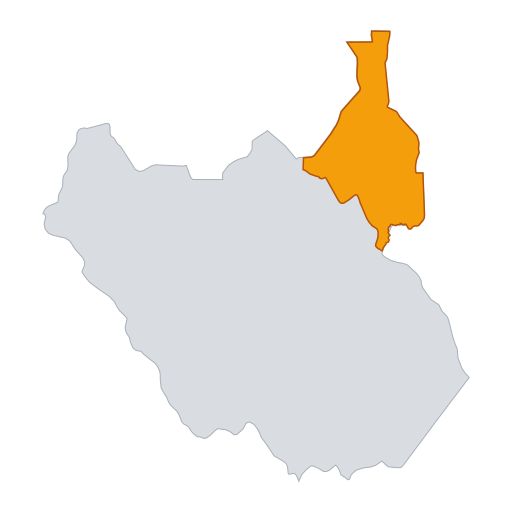 where Upper Nile sits in South Sudan
{"feature_id": "SDS-869", "entity_name": "Upper Nile", "entity_type": "State", "adm_level": 1, "iso_a3": "SSD", "parent_name": "South Sudan", "parent_adm1": "", "projection": "equal_earth", "projection_center": [32.959, 10.08], "detail": "fine", "context": "in_parent", "style": "filled", "palette": "amber", "viewbox_px": 512, "rotation_deg": 0, "n_neighbors": 0, "source": "natural_earth", "source_scale": "10m", "svg_char_len": 6378}
<svg xmlns="http://www.w3.org/2000/svg" viewBox="0 0 512 512"><path d="M419.5,443.5L403.8,464.6L402.7,465.9L400.8,467.6L394.4,467.6L387.9,466.6L381.8,461.1L375.7,465.3L371.8,466.7L369.5,467.2L364.0,467.8L356.4,470.1L352.9,473.0L351.0,475.2L349.5,479.3L348.7,479.8L347.3,479.3L345.3,477.6L341.2,475.2L339.2,470.0L337.3,466.8L335.7,465.1L329.2,470.4L326.1,471.6L323.5,471.4L318.8,468.5L313.5,466.0L310.9,466.0L306.9,469.1L302.3,473.9L299.9,478.5L298.8,481.3L297.2,477.0L295.7,474.4L293.5,473.3L289.1,474.4L288.1,472.9L287.8,469.2L287.2,465.9L286.1,463.4L282.7,460.9L274.0,455.8L267.4,445.7L264.0,441.0L261.6,437.9L258.1,430.0L254.2,424.5L249.4,421.9L246.2,423.2L242.9,429.1L236.8,434.6L234.0,434.8L230.3,431.8L225.8,429.7L217.6,428.7L214.3,431.3L209.9,435.6L206.1,438.1L203.8,438.4L201.6,437.4L199.2,436.8L197.1,436.7L192.7,432.9L190.4,430.1L188.9,427.3L186.5,425.5L183.6,423.9L181.6,421.5L180.5,418.5L178.9,414.6L176.8,411.1L170.2,404.8L168.2,401.1L166.8,397.4L164.1,393.4L161.2,388.1L160.3,380.3L160.2,374.0L159.6,371.1L158.4,368.1L157.0,365.7L154.7,362.9L149.3,358.8L143.7,354.2L141.0,351.4L135.9,350.4L132.9,347.8L130.3,341.9L129.3,337.2L126.7,333.5L125.7,330.8L125.1,327.8L127.1,318.5L124.2,315.2L119.8,310.9L116.6,306.2L114.7,302.0L109.1,296.3L96.8,287.8L89.7,282.4L85.8,277.6L82.4,272.8L82.1,270.9L84.3,266.1L84.7,262.2L82.9,257.9L75.6,249.8L69.7,240.9L65.3,238.1L54.6,235.6L51.5,234.7L48.3,233.0L45.1,228.9L44.1,224.2L45.7,216.6L44.7,214.3L42.9,213.7L43.4,212.1L45.5,208.4L48.8,206.0L57.7,202.2L58.2,200.8L58.4,196.1L59.2,193.7L62.3,187.2L62.7,184.6L62.9,179.0L63.4,176.4L64.3,174.5L66.7,171.2L67.6,169.2L68.0,165.0L67.8,156.5L69.1,153.2L74.7,145.5L76.2,142.1L76.8,139.0L76.8,135.9L77.1,132.8L78.8,129.8L80.2,128.9L84.3,127.9L87.1,128.5L106.8,123.3L109.1,124.0L110.1,127.1L110.0,132.1L110.3,134.5L111.3,136.2L114.4,138.6L116.5,142.5L117.7,144.0L120.8,146.7L135.2,169.3L139.3,171.5L143.3,170.7L151.3,166.0L155.3,164.8L183.0,166.1L186.1,165.4L186.3,165.5L190.5,176.9L192.5,179.5L222.9,179.6L222.4,176.4L222.8,172.8L228.2,165.8L228.9,165.0L233.6,161.7L238.2,159.4L247.1,156.8L250.3,152.7L252.1,149.0L252.2,141.6L253.3,140.3L255.5,138.6L265.7,132.0L267.4,130.6L285.4,146.0L295.5,158.2L296.1,158.7L296.6,159.0L297.2,158.6L297.6,158.0L298.8,157.5L303.2,157.3L311.4,156.7L314.1,155.2L330.5,133.5L334.7,126.6L335.8,125.2L338.2,120.3L340.7,111.8L341.2,110.8L359.2,90.5L359.8,88.9L360.0,87.6L357.3,80.8L356.7,77.3L356.6,72.0L357.1,63.7L357.0,58.4L356.7,57.0L356.6,56.7L346.6,41.8L371.9,41.7L371.9,39.8L371.9,39.2L371.4,37.4L371.1,35.0L371.1,33.7L371.3,32.5L371.3,31.8L371.2,31.2L371.2,30.9L371.3,30.7L389.5,31.0L389.3,35.2L387.1,45.2L387.1,51.1L386.6,57.9L386.0,59.9L385.0,61.6L384.7,62.4L384.7,63.1L388.5,101.2L388.2,102.8L387.2,105.2L386.9,105.9L386.9,106.5L387.3,107.0L395.7,111.1L396.1,111.3L396.4,111.7L399.5,116.6L416.0,134.7L416.6,135.6L418.3,141.3L418.5,142.1L418.6,143.5L418.5,144.5L418.1,147.9L418.2,149.5L418.5,150.5L418.8,151.7L418.8,152.0L418.6,152.9L416.2,159.4L415.4,164.1L415.1,168.1L415.3,170.3L415.6,171.8L415.8,172.4L416.0,172.6L423.2,172.6L423.1,174.7L424.1,209.2L424.1,213.1L423.9,218.0L423.0,219.9L421.0,222.6L418.5,225.1L412.0,225.7L406.6,225.7L402.8,225.1L397.6,224.9L392.7,225.4L390.9,227.5L384.4,245.9L382.4,250.5L381.9,253.2L382.5,254.8L385.0,257.1L390.6,260.3L397.0,262.3L401.7,263.1L405.0,264.0L407.5,265.0L416.5,273.3L419.4,277.2L421.1,280.6L421.5,284.3L422.8,288.0L431.0,299.5L438.9,304.9L441.9,311.0L444.8,314.0L447.6,317.2L449.1,322.0L452.5,335.8L454.8,343.1L457.2,349.0L458.1,358.7L460.0,363.0L461.9,368.3L465.1,373.0L468.5,376.6L469.1,377.6L435.0,422.7L419.5,443.5Z" fill="#d9dde1" stroke="#a8b0b8" stroke-width="1"/><path d="M424.3,217.0L424.2,218.1L423.7,219.3L422.9,220.5L419.1,225.0L418.3,225.6L417.6,225.9L415.5,225.9L414.1,226.1L413.5,226.3L412.9,226.7L412.5,227.1L410.9,228.9L410.7,229.0L410.3,229.1L408.6,228.8L407.7,227.3L406.9,225.6L405.7,224.2L404.9,224.1L404.4,224.4L403.8,224.8L403.1,224.9L402.5,224.6L401.9,224.0L401.3,223.5L400.5,223.5L400.7,223.9L400.7,224.1L400.3,224.4L397.8,224.8L397.3,224.6L397.0,224.7L396.7,224.9L396.1,225.4L395.8,225.6L391.6,224.4L390.9,224.5L389.8,225.8L389.9,226.0L390.0,226.3L389.7,226.6L389.1,226.8L388.6,227.1L388.4,227.5L388.4,227.9L388.4,228.8L388.3,229.0L388.1,229.3L388.1,229.6L388.2,229.8L388.5,230.1L388.6,230.3L388.5,230.9L388.2,231.9L388.1,232.3L388.2,232.9L388.5,233.4L388.8,233.8L389.1,234.3L389.4,234.6L389.9,234.9L389.9,235.6L389.6,235.8L389.2,236.0L388.9,236.3L388.6,236.9L388.4,237.4L388.4,237.9L388.4,238.6L388.5,238.9L389.0,239.4L389.1,239.7L389.0,240.7L388.7,241.4L388.3,242.0L387.6,242.4L386.4,242.6L386.3,242.9L386.2,243.3L386.0,243.8L385.8,244.3L383.6,247.3L383.1,248.2L382.9,248.7L382.8,249.8L382.6,250.1L382.4,250.4L382.2,250.9L377.6,248.2L376.8,247.4L375.8,246.3L375.7,244.8L376.0,243.4L377.2,240.0L377.7,238.1L378.0,236.0L378.1,233.8L378.0,231.3L377.4,229.7L376.4,228.5L372.4,226.0L369.1,222.2L366.9,218.6L360.1,202.7L359.5,200.4L358.1,196.8L357.3,195.5L356.6,194.8L355.8,194.8L355.0,195.1L354.0,195.7L349.4,199.5L344.2,202.8L343.0,203.2L341.5,203.3L340.0,202.4L338.7,200.9L326.0,178.2L325.6,177.7L325.3,177.5L325.1,177.5L324.9,177.6L323.2,178.4L321.5,178.7L320.9,178.6L320.1,178.3L319.4,177.9L319.1,177.5L318.8,176.8L318.0,176.5L316.2,176.2L310.2,174.1L305.6,170.7L303.9,169.9L303.1,169.7L303.5,157.7L311.7,157.1L314.4,155.6L322.7,144.7L330.9,133.9L335.1,127.0L336.2,125.6L338.5,120.6L341.1,112.1L341.6,111.2L350.6,101.0L359.6,90.9L360.2,89.3L360.4,88.0L357.7,81.2L357.1,77.7L357.0,72.3L357.5,64.0L357.3,58.8L357.3,58.2L357.1,57.4L357.0,57.1L347.0,42.2L359.6,42.1L372.3,42.0L372.3,40.8L372.3,40.1L372.2,39.5L371.8,37.7L371.5,35.4L371.5,34.7L371.5,34.1L371.6,32.8L371.7,32.2L371.6,31.8L371.6,31.6L371.6,31.3L371.7,31.1L389.9,31.4L389.7,35.6L387.5,45.5L387.5,51.5L387.0,58.3L386.8,58.8L386.4,60.3L385.9,61.1L385.4,61.9L385.3,62.2L385.1,62.7L385.1,63.5L387.0,82.5L388.9,101.5L388.7,102.5L388.6,103.1L387.6,105.5L387.3,106.3L387.3,106.9L387.7,107.3L396.1,111.4L396.5,111.7L396.8,112.0L399.8,116.9L408.1,126.0L416.4,135.0L417.0,135.9L418.7,141.6L418.9,142.5L418.9,143.8L418.9,144.9L418.5,148.3L418.6,149.8L418.9,150.9L419.1,152.0L419.1,152.4L419.1,152.7L419.0,153.2L416.5,159.8L415.7,164.5L415.5,168.4L415.7,170.7L415.9,172.2L416.1,172.5L416.3,172.9L416.4,173.0L422.9,173.0L423.4,185.8L424.0,200.8L424.5,215.7L424.3,217.0Z" fill="#f59e0b" stroke="#b45309" stroke-width="1.5"/></svg>